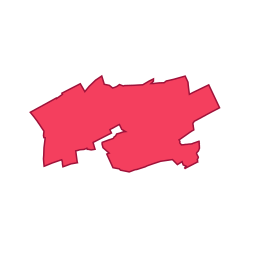 Tixmehuac, Yucatán, Mexico (Natural Earth projection), rotated 237°
{"feature_id": "50627088B886446566830", "entity_name": "Tixmehuac", "entity_type": "district", "adm_level": 2, "iso_a3": "MEX", "parent_name": "Mexico", "parent_adm1": "Yucatán", "projection": "natural_earth1", "projection_center": [-89.11, 20.248], "detail": "fine", "context": "isolated", "style": "filled", "palette": "rose", "viewbox_px": 256, "rotation_deg": 237, "n_neighbors": 0, "source": "geoboundaries", "source_scale": "gbopen_adm2", "svg_char_len": 3482}
<svg xmlns="http://www.w3.org/2000/svg" viewBox="0 0 256 256"><g transform="rotate(237 128 128)"><path d="M193.2,91.5L191.9,91.3L191.6,84.1L192.2,84.2L194.3,55.9L194.4,54.6L193.5,54.7L187.9,55.3L187.6,55.3L187.3,55.3L186.3,55.4L185.5,55.4L185.3,55.5L184.8,55.5L184.3,55.5L183.8,55.6L183.1,55.6L181.2,55.6L179.0,55.7L178.3,55.7L178.2,55.7L177.3,55.7L175.4,55.7L171.2,55.8L170.9,55.6L170.4,55.2L169.9,54.8L169.6,54.5L169.2,54.2L168.3,53.5L168.1,53.4L167.7,53.0L167.4,52.8L167.1,52.8L166.8,52.7L166.4,52.5L166.2,52.4L165.7,52.2L165.1,52.9L164.9,53.2L164.5,52.9L157.2,46.8L151.2,42.6L148.2,40.3L142.4,37.2L141.6,36.8L141.5,37.2L139.9,45.5L137.6,54.8L137.5,55.1L135.1,54.4L133.7,53.5L130.9,52.3L130.2,55.2L129.0,60.6L126.4,66.7L127.2,66.9L137.3,71.7L136.6,73.5L136.0,75.7L134.7,78.1L134.0,79.4L133.4,82.5L132.3,82.2L131.9,82.9L129.7,85.2L128.9,86.9L128.1,88.8L129.6,89.2L133.9,90.5L134.0,90.5L134.9,90.9L133.9,101.0L132.8,111.4L135.3,111.7L136.5,111.9L136.5,112.0L136.4,113.6L136.2,115.3L136.1,117.3L135.9,120.0L135.8,121.4L135.6,122.7L130.3,122.0L126.4,123.9L127.3,122.1L128.2,118.3L129.2,115.2L128.7,114.4L128.1,113.3L128.0,111.3L127.6,110.8L127.3,110.1L127.9,107.2L128.2,106.6L128.3,105.8L128.4,105.7L130.0,98.5L128.7,97.5L127.5,97.1L125.1,96.3L117.2,98.5L117.7,96.0L102.9,93.8L98.4,98.5L96.8,98.7L90.5,105.1L89.2,111.1L88.4,112.8L86.1,121.3L85.9,123.0L85.8,123.7L84.3,129.8L82.3,137.3L77.3,148.1L70.4,149.5L70.3,155.0L67.0,154.2L64.3,155.9L63.6,153.8L63.0,153.9L63.0,154.2L63.0,154.6L62.9,155.1L62.8,156.2L62.8,156.6L62.7,157.2L62.6,158.2L62.6,158.4L62.6,158.6L62.5,159.1L62.5,159.7L62.4,159.8L62.4,160.6L62.3,160.9L62.3,161.3L62.2,162.1L62.1,162.8L62.1,163.6L62.0,164.3L61.9,165.1L61.8,165.9L61.8,166.6L61.7,166.9L61.7,167.8L61.6,168.0L62.3,168.2L62.9,168.7L63.7,168.8L64.1,169.4L64.2,169.8L65.2,171.1L69.1,171.5L69.9,172.2L70.4,174.5L72.1,176.9L74.8,178.5L75.3,178.7L76.0,179.0L76.2,179.4L77.0,179.7L77.2,179.8L77.4,179.9L78.1,180.4L78.3,180.1L78.3,179.9L78.4,179.7L78.8,178.0L78.9,177.6L79.2,176.3L79.7,174.5L79.8,173.9L79.8,173.3L80.4,172.0L80.5,171.7L81.0,170.9L81.3,170.3L81.6,169.8L82.0,168.8L82.2,168.4L82.5,168.0L82.9,167.3L83.0,167.0L83.2,166.7L83.5,165.9L83.6,165.7L83.9,165.1L84.4,164.3L84.5,164.2L84.7,163.9L84.8,163.6L85.3,163.6L85.7,163.5L86.0,163.5L86.3,163.4L87.0,163.3L87.3,163.3L87.7,163.5L88.0,163.9L88.3,164.1L88.5,164.2L89.1,164.3L89.5,164.3L90.0,164.3L90.3,164.4L90.2,164.7L90.5,173.2L90.6,174.9L90.6,175.7L90.7,177.1L90.7,177.6L90.7,178.4L90.7,178.8L90.7,179.7L90.7,180.1L90.7,180.5L90.6,181.3L90.6,182.2L91.2,182.4L92.1,182.9L92.9,183.2L93.5,183.5L93.8,183.6L94.3,183.9L94.7,184.1L95.0,184.2L95.3,184.3L95.9,184.6L96.6,185.0L97.0,185.9L97.2,186.4L97.6,187.4L97.4,188.8L97.4,189.6L97.3,189.8L97.2,191.2L97.2,191.9L97.1,192.4L97.0,193.4L96.9,194.6L96.8,196.1L96.8,196.9L96.7,197.3L96.7,197.9L96.6,198.4L96.5,199.8L96.5,200.3L96.5,200.5L95.9,207.5L95.1,215.8L102.4,216.8L120.2,219.2L122.4,201.8L122.8,197.8L127.8,200.2L131.0,201.8L132.0,202.3L132.7,202.7L133.7,203.2L134.1,203.3L140.4,204.2L143.9,193.0L145.6,188.3L146.6,185.7L146.3,182.9L148.9,178.6L151.1,174.3L151.2,174.0L152.7,171.6L153.0,173.3L153.4,174.2L153.4,174.8L155.3,176.1L155.9,171.1L155.9,170.5L156.2,163.9L160.6,156.2L165.4,148.3L165.8,146.9L169.1,144.5L168.9,141.6L169.2,139.5L169.9,136.9L173.9,135.6L177.6,131.9L184.8,134.0L185.9,134.3L185.8,128.1L185.8,126.9L184.3,119.3L184.1,118.2L182.0,111.6L191.1,112.1L192.7,96.6L193.2,91.5Z" fill="#f43f5e" stroke="#9f1239" stroke-width="1.5"/></g></svg>